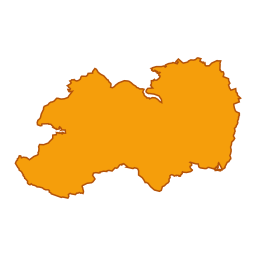 the district of Bobalna, Cluj, Romania
{"feature_id": "2599482B95685423032736", "entity_name": "Bobalna", "entity_type": "district", "adm_level": 2, "iso_a3": "ROU", "parent_name": "Romania", "parent_adm1": "Cluj", "projection": "robinson", "projection_center": [23.661, 47.132], "detail": "fine", "context": "isolated", "style": "filled", "palette": "amber", "viewbox_px": 256, "rotation_deg": 0, "n_neighbors": 0, "source": "geoboundaries", "source_scale": "gbopen_adm2", "svg_char_len": 5755}
<svg xmlns="http://www.w3.org/2000/svg" viewBox="0 0 256 256"><path d="M83.0,193.5L83.5,191.9L83.3,190.3L82.8,189.2L82.8,188.0L82.1,186.7L82.4,185.6L87.1,183.3L91.6,182.7L93.0,181.7L95.0,179.0L92.6,175.3L93.5,173.1L95.8,172.6L98.8,173.0L100.1,172.7L100.0,172.1L100.4,172.0L103.6,171.2L106.8,171.5L106.9,171.0L107.3,170.7L108.9,170.4L112.1,171.0L115.0,167.9L116.6,168.2L117.6,167.8L119.6,165.0L121.1,164.4L121.8,165.0L122.1,164.7L122.0,164.2L122.6,163.9L123.4,164.1L123.8,163.7L127.3,166.6L126.4,167.1L132.7,168.5L133.7,168.4L134.3,167.7L137.1,168.4L137.8,169.0L138.6,170.7L138.6,175.0L142.3,177.7L143.9,180.0L145.2,182.6L146.2,182.4L148.2,183.4L150.5,186.6L154.4,190.0L159.5,191.3L161.3,190.3L162.4,186.6L164.4,185.8L166.5,183.7L168.2,182.7L169.1,181.3L169.0,179.1L170.1,177.6L169.8,175.9L171.0,174.9L171.7,174.7L172.8,175.0L174.4,176.1L175.5,175.5L176.4,175.7L176.6,175.3L178.8,175.5L178.9,176.1L180.1,175.9L179.2,176.2L179.8,176.3L180.4,176.1L180.4,175.5L181.1,174.4L181.3,174.4L181.2,175.1L181.6,174.1L182.2,173.5L182.2,172.2L182.7,171.8L183.2,172.2L186.5,172.5L190.6,171.6L192.3,170.3L192.3,169.9L191.5,169.4L190.2,167.7L190.0,166.3L191.6,165.4L191.7,164.8L191.5,163.3L190.0,162.3L190.2,162.2L195.7,163.8L198.2,164.0L198.8,166.7L199.4,167.4L200.5,167.9L205.0,168.6L206.4,168.5L208.1,167.4L209.1,167.5L213.9,168.9L215.1,169.8L215.2,170.5L218.2,170.2L219.2,170.7L220.6,170.8L221.0,170.3L220.5,169.7L219.5,169.4L216.0,169.9L214.6,168.4L215.4,168.3L215.9,167.2L216.6,166.9L216.8,167.7L217.2,167.4L217.5,168.1L218.1,167.7L218.1,166.3L217.7,165.6L218.1,165.5L218.1,164.9L218.6,164.5L218.3,163.3L218.7,162.8L221.6,168.1L221.5,169.7L222.0,169.9L222.1,169.2L223.4,168.9L225.0,167.7L224.7,167.3L227.3,162.2L228.7,161.7L230.2,159.2L230.8,158.8L230.6,157.3L229.8,155.6L230.5,154.0L231.1,151.3L231.1,149.2L230.7,148.4L230.6,146.7L231.4,144.8L231.7,142.1L233.6,140.2L234.7,138.4L233.4,136.1L233.6,134.7L234.5,133.5L234.4,132.8L235.1,131.3L234.5,128.3L236.1,126.8L236.3,125.6L237.4,124.0L237.8,122.6L237.5,121.9L237.7,120.5L238.5,119.1L238.5,117.3L238.8,117.0L238.6,116.7L239.4,115.1L239.1,114.4L239.4,114.0L239.3,113.1L236.4,111.8L235.3,110.7L234.3,107.8L233.7,104.6L233.9,104.0L239.3,101.9L238.4,98.7L239.7,98.7L240.6,98.2L237.5,95.3L237.3,93.3L236.0,91.9L235.7,88.6L230.9,90.2L230.2,88.9L229.7,88.5L228.5,84.9L229.9,83.3L228.7,80.7L228.5,78.7L223.2,76.6L223.9,74.0L223.4,72.2L222.9,71.7L221.3,71.8L220.0,69.3L219.9,69.4L220.1,64.4L219.9,63.6L220.7,60.9L217.6,60.9L217.1,60.6L211.7,63.1L209.2,65.8L206.1,65.9L205.2,65.3L205.0,63.5L204.7,63.9L203.8,62.4L203.6,62.8L202.9,63.0L202.2,62.5L202.2,62.1L200.9,61.8L200.6,61.1L200.0,61.2L200.0,60.2L200.9,58.7L198.0,57.9L197.2,58.0L195.5,59.6L193.6,60.1L190.8,59.9L188.4,61.1L188.1,61.7L187.5,62.1L183.5,63.1L182.3,62.5L178.4,59.0L176.5,61.0L177.5,61.3L176.3,61.4L176.0,61.8L178.2,62.1L177.2,63.8L173.0,62.5L172.2,63.0L168.5,63.6L165.6,64.9L165.3,65.2L166.2,66.4L165.3,67.1L163.8,66.0L161.4,66.6L156.4,66.6L152.6,67.7L152.3,68.1L151.3,68.4L152.1,68.9L152.0,69.5L151.6,69.7L151.8,70.3L152.4,70.2L153.0,71.2L154.0,71.2L154.5,70.5L154.9,70.8L155.1,70.4L155.8,70.7L155.6,71.6L156.0,71.9L156.5,72.0L157.1,71.5L157.5,71.6L157.0,72.7L157.3,73.4L158.1,73.3L158.3,72.9L158.8,73.1L159.8,72.3L160.1,72.6L158.8,73.5L158.9,75.4L160.6,76.3L160.2,76.3L159.2,78.2L156.7,80.2L154.4,80.1L154.3,79.5L153.0,80.4L153.1,80.7L151.4,80.7L151.4,83.9L150.6,85.2L151.4,86.0L151.3,86.5L152.7,88.0L147.8,88.4L146.4,90.1L146.0,91.5L146.4,92.4L148.5,93.6L149.6,93.5L154.1,94.1L159.0,95.9L161.4,99.5L161.7,102.6L159.8,101.6L157.6,99.3L155.3,97.9L152.3,97.6L149.7,98.8L149.3,98.0L146.8,97.9L146.7,97.4L144.5,95.7L144.0,94.8L143.9,93.7L142.8,92.3L143.1,91.1L144.0,89.3L142.8,88.9L139.7,88.9L137.8,87.7L136.7,87.5L135.8,86.2L133.3,84.7L131.1,82.7L129.2,81.4L127.8,81.0L124.3,80.7L118.6,82.9L115.5,85.2L114.5,86.5L112.6,87.7L110.6,87.3L111.0,84.5L110.8,83.5L109.0,81.9L108.0,79.9L107.3,79.8L103.8,75.9L100.6,74.2L98.2,72.3L96.4,69.3L94.9,68.5L92.7,71.5L92.6,73.1L88.1,73.4L87.4,75.2L86.1,76.3L81.7,76.2L81.0,77.0L80.3,79.2L78.6,80.4L76.7,81.0L75.2,80.5L74.1,79.5L73.5,79.9L71.7,79.8L70.9,80.8L69.9,81.0L71.2,82.9L70.3,83.9L67.3,85.7L68.2,86.3L68.6,87.2L69.3,87.6L70.4,88.8L69.7,90.2L68.5,89.4L67.8,89.4L67.9,89.8L68.6,90.3L68.5,90.8L68.9,91.6L69.5,91.8L72.4,91.3L68.6,96.3L68.1,97.4L64.3,98.8L61.0,99.1L58.0,98.3L56.6,98.3L54.2,101.0L52.4,101.9L50.6,102.2L49.1,103.3L48.0,104.8L44.2,106.4L43.5,108.1L43.6,109.2L41.3,114.0L40.5,117.4L39.9,118.6L37.9,120.3L37.2,122.5L37.5,124.7L40.3,125.8L41.8,125.5L41.7,124.1L42.4,123.9L48.3,123.7L48.5,124.1L50.9,124.3L53.6,127.2L53.1,127.5L55.4,128.6L56.0,128.5L56.2,128.8L55.9,128.9L56.3,129.5L59.4,128.9L59.1,128.1L59.6,127.9L59.3,127.3L59.6,126.8L60.4,127.4L60.2,127.7L61.3,128.5L61.6,129.8L61.3,130.1L62.3,129.9L65.3,130.1L65.5,133.2L63.4,133.2L63.2,132.5L62.3,132.3L62.2,133.8L61.5,133.6L61.3,133.0L60.3,133.2L59.9,132.6L59.1,133.3L58.2,132.7L56.8,132.6L57.1,132.9L56.2,134.2L56.2,134.7L52.8,135.1L52.7,138.4L49.3,141.8L48.6,142.9L43.7,144.7L39.6,144.5L38.6,146.7L39.0,148.6L38.7,151.4L38.0,152.6L38.3,154.0L38.1,154.7L38.1,154.4L37.2,155.2L34.0,156.4L29.4,159.8L26.6,157.6L23.3,157.2L21.4,157.8L20.7,155.9L19.3,155.8L18.5,158.0L17.3,159.0L17.5,159.9L16.3,161.1L15.4,163.3L17.9,167.5L19.0,168.6L19.1,170.0L21.1,171.4L22.1,172.6L22.5,173.8L23.4,174.7L23.1,175.6L24.4,176.8L24.7,178.4L25.3,178.6L27.6,181.2L27.5,183.0L28.6,184.2L29.7,184.7L30.2,184.7L31.2,183.8L32.7,185.0L34.6,185.4L36.7,186.4L37.0,186.9L39.2,187.0L42.4,187.8L43.8,189.0L45.7,189.8L48.3,189.8L49.4,190.6L49.2,191.9L50.8,192.9L51.3,193.8L61.3,197.4L62.7,197.0L67.9,198.1L68.8,196.4L68.4,194.5L70.1,193.3L71.3,193.9L75.4,194.6L76.6,193.2L78.1,193.1L79.4,192.5L80.6,193.2L81.9,193.0L83.0,193.5Z" fill="#f59e0b" stroke="#b45309" stroke-width="1.5"/></svg>